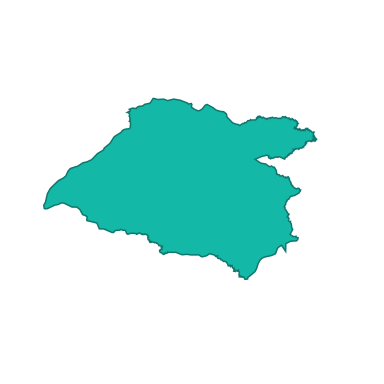 Nong Phok, Roi Et, Thailand, rotated 239°
{"feature_id": "78962969B43863364704456", "entity_name": "Nong Phok", "entity_type": "district", "adm_level": 2, "iso_a3": "THA", "parent_name": "Thailand", "parent_adm1": "Roi Et", "projection": "robinson", "projection_center": [104.197, 16.31], "detail": "fine", "context": "isolated", "style": "filled", "palette": "teal", "viewbox_px": 384, "rotation_deg": 239, "n_neighbors": 0, "source": "geoboundaries", "source_scale": "gbopen_adm2", "svg_char_len": 6102}
<svg xmlns="http://www.w3.org/2000/svg" viewBox="0 0 384 384"><g transform="rotate(239 192 192)"><path d="M241.3,261.7L244.5,260.5L246.7,257.6L249.9,254.8L253.3,253.5L259.3,250.0L259.6,248.0L258.0,243.9L257.8,241.3L258.3,239.1L261.1,237.0L264.5,235.4L266.0,235.7L266.9,236.9L268.2,237.0L269.2,234.2L270.5,234.0L276.8,229.1L281.1,224.1L282.9,218.1L286.1,215.7L289.0,210.2L292.1,207.2L292.1,206.5L290.1,202.7L289.9,201.3L291.6,196.3L291.2,195.1L291.4,193.2L292.7,190.9L292.9,188.7L292.3,187.2L294.5,184.3L295.2,180.8L293.7,181.1L292.9,180.1L293.6,179.1L293.5,177.5L292.8,178.4L291.0,178.6L289.9,178.0L289.6,177.3L286.6,176.8L286.5,176.2L285.6,175.9L284.9,174.8L284.5,175.4L283.8,175.2L280.9,173.8L280.7,173.3L279.3,172.6L278.8,171.8L278.8,169.8L279.7,168.6L280.6,165.5L280.4,163.7L279.6,161.7L279.5,154.7L279.3,153.5L276.0,146.9L274.8,139.3L273.6,137.8L273.6,130.8L271.4,122.7L271.9,117.6L273.2,113.5L273.0,107.3L274.7,100.4L274.6,98.9L273.7,96.5L270.7,92.1L270.2,88.6L270.6,83.5L268.0,72.4L265.0,67.2L258.6,61.0L257.1,58.2L254.1,56.9L253.2,57.4L252.2,59.6L251.4,67.8L250.3,70.5L249.9,74.6L248.3,76.6L240.9,81.4L238.5,85.4L234.9,86.9L229.0,86.6L226.0,88.9L224.5,89.3L222.5,87.5L221.6,87.2L214.4,94.5L208.1,93.6L205.8,97.3L198.4,102.7L197.7,104.0L198.5,106.4L196.8,109.8L196.4,111.1L196.6,111.7L194.8,113.1L193.4,115.2L189.9,114.6L188.8,115.3L188.4,117.4L187.1,120.1L185.0,122.8L184.4,122.7L184.0,123.9L184.4,124.8L184.1,125.7L181.4,127.3L181.5,128.0L180.9,128.0L180.1,129.3L180.2,130.3L178.7,131.0L178.6,131.6L176.8,131.5L176.4,131.9L175.8,131.4L175.8,130.7L173.8,129.9L173.2,130.6L172.2,130.8L172.1,130.1L171.0,130.1L170.8,130.7L170.4,130.2L169.8,131.1L169.9,132.1L167.7,133.9L167.1,135.2L166.3,135.2L165.6,136.0L162.9,136.1L162.3,137.4L161.3,137.6L161.2,138.5L160.8,138.7L160.3,138.6L160.3,137.1L158.5,136.8L158.9,136.3L158.6,135.7L158.9,135.3L158.8,134.6L158.2,134.4L158.3,133.9L156.6,133.6L155.4,134.8L154.2,134.8L153.9,135.5L153.1,135.6L152.9,137.0L153.6,137.7L152.5,138.7L152.9,139.8L152.5,139.6L152.2,141.1L148.6,147.1L143.3,151.2L141.2,155.5L138.7,158.6L134.5,165.6L131.7,166.7L131.0,167.9L129.8,171.9L130.1,175.3L126.2,178.9L124.5,179.2L124.1,181.0L123.2,180.1L122.1,180.0L121.2,180.6L120.3,182.1L119.1,181.8L118.1,182.7L116.2,183.3L115.7,184.4L114.4,185.2L112.4,185.5L110.0,185.0L109.4,186.1L109.8,186.4L109.6,186.9L108.3,186.7L108.8,187.8L108.2,188.6L107.0,187.8L105.5,187.9L104.9,188.8L104.0,188.0L103.7,188.5L102.7,187.0L101.5,188.2L101.9,188.9L101.2,191.3L100.6,190.4L100.2,191.2L99.2,191.4L96.5,189.4L95.1,190.2L95.3,189.2L94.9,188.8L93.5,190.9L93.3,191.9L92.6,191.8L91.7,192.7L89.9,192.4L88.8,194.8L90.3,196.3L90.1,197.2L91.3,204.9L93.1,207.9L96.8,212.1L98.5,215.2L99.2,217.5L98.9,220.6L96.7,227.2L96.1,231.0L96.2,232.0L99.7,236.2L100.2,238.3L100.2,241.3L92.9,241.7L99.4,245.8L99.0,251.2L96.3,256.5L96.7,258.0L98.2,259.4L99.8,257.8L100.5,258.3L101.3,256.1L105.1,254.2L108.1,259.1L110.0,259.1L113.6,260.7L115.1,260.6L116.0,261.3L116.4,260.3L117.4,260.1L118.1,260.2L119.2,261.4L121.4,261.5L121.5,260.8L122.2,261.3L122.7,263.5L123.3,263.8L124.7,262.9L126.4,263.3L129.7,263.0L131.0,263.8L131.2,263.4L132.0,263.6L132.7,264.3L132.9,265.7L134.9,267.3L135.0,268.4L136.0,269.0L136.1,271.7L137.5,273.9L136.2,278.2L136.0,282.9L137.2,285.6L137.7,286.0L137.8,285.4L139.8,285.6L140.7,284.8L140.8,283.1L143.0,281.8L145.2,281.2L145.8,281.6L146.3,281.1L148.1,280.9L148.2,281.4L148.8,281.6L152.7,281.7L153.0,282.3L155.3,282.4L155.8,281.5L155.3,280.7L155.7,279.8L156.6,279.9L156.8,279.0L158.3,278.3L159.4,278.3L159.5,277.2L160.6,275.6L161.6,275.8L162.6,274.6L163.5,274.4L163.7,273.7L166.8,275.3L170.8,275.4L171.1,274.6L173.3,273.5L173.9,271.3L178.1,269.6L181.2,265.9L187.6,262.9L186.5,270.4L185.0,275.0L183.6,276.5L182.9,276.3L182.7,275.6L181.3,275.5L180.3,276.4L180.5,277.1L180.1,277.0L180.3,277.4L179.2,279.0L178.9,282.0L177.6,283.2L177.4,285.0L172.5,288.3L172.6,288.9L173.7,289.6L173.2,291.5L174.2,292.6L174.2,293.0L173.7,293.0L173.8,294.5L174.4,294.6L174.2,295.1L174.6,295.3L174.2,295.8L174.6,296.5L174.0,296.7L173.6,297.4L174.8,298.7L174.6,299.2L175.1,299.6L175.0,300.4L176.2,300.7L175.3,301.2L175.9,302.1L175.3,302.7L175.2,303.5L175.6,303.7L174.9,304.2L174.5,305.6L173.7,305.5L173.7,306.3L174.1,306.5L173.9,308.0L173.0,308.7L173.7,310.1L173.7,311.0L173.2,311.0L173.8,311.6L174.0,313.5L174.6,313.9L174.6,314.5L175.1,314.1L175.8,314.5L176.3,315.5L175.6,315.8L176.0,316.9L175.1,319.5L174.0,319.9L173.7,320.5L174.2,320.6L174.3,321.6L173.8,321.9L174.2,322.2L173.9,322.2L173.9,322.8L173.3,322.8L173.4,323.3L172.7,323.4L172.6,324.3L172.3,324.1L172.3,324.6L173.0,325.0L173.1,326.0L174.4,325.7L174.4,324.7L174.8,324.2L175.3,324.5L174.9,325.1L175.8,325.3L175.8,324.8L176.2,325.3L176.6,324.8L176.5,325.6L177.1,325.6L177.3,325.0L178.0,325.1L178.2,325.7L179.3,325.8L180.2,327.1L180.3,326.5L180.8,326.7L180.8,326.2L181.6,325.6L183.1,325.4L183.9,324.2L184.7,324.7L185.4,323.3L186.8,324.0L187.8,322.4L187.2,322.0L187.4,321.3L187.0,321.6L187.4,320.5L186.8,320.2L187.2,320.0L187.2,319.2L188.3,318.9L188.3,318.3L187.9,318.4L188.1,317.6L190.3,317.0L189.5,316.5L190.4,316.3L190.1,315.8L190.3,315.1L191.1,315.4L191.2,314.7L192.5,314.6L192.4,313.8L193.0,313.9L192.8,313.2L193.5,312.6L193.7,313.1L194.3,312.7L194.8,313.3L194.2,314.4L194.4,315.7L195.0,316.9L195.7,317.0L196.1,318.3L196.9,317.6L197.7,318.4L198.7,317.7L199.2,318.1L199.9,317.2L200.4,317.4L200.5,316.3L201.5,316.4L203.4,315.6L202.6,314.4L202.9,314.7L203.0,313.9L204.0,313.9L204.2,313.0L205.4,313.4L205.8,312.4L207.0,311.3L208.3,310.9L207.7,310.2L208.3,309.5L208.9,309.7L209.9,308.5L209.1,306.2L210.0,305.5L209.9,304.9L211.1,303.3L212.5,302.2L212.7,300.9L214.8,299.2L214.8,297.1L215.5,297.1L215.9,294.3L216.2,294.7L216.5,294.0L215.9,293.4L219.5,291.5L219.1,290.7L220.3,289.5L221.1,289.8L222.0,289.1L221.6,288.8L222.3,288.4L221.9,287.8L222.4,287.9L222.8,287.1L222.0,286.3L222.3,286.1L222.2,285.3L221.1,284.7L221.0,283.7L223.1,279.9L223.9,279.5L223.4,278.3L224.4,276.7L223.5,273.9L224.4,273.0L224.0,271.7L224.6,270.8L224.6,269.4L224.3,267.2L226.1,266.4L227.0,265.1L230.2,262.5L238.1,260.6L241.3,261.7Z" fill="#14b8a6" stroke="#0f766e" stroke-width="1.5"/></g></svg>